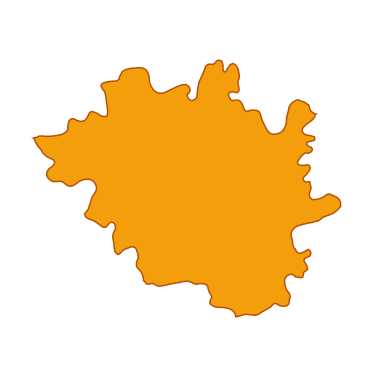 Chavusy, Mogilev, Belarus, rotated 77°
{"feature_id": "67162791B68481301764251", "entity_name": "Chavusy", "entity_type": "district", "adm_level": 2, "iso_a3": "BLR", "parent_name": "Belarus", "parent_adm1": "Mogilev", "projection": "orthographic", "projection_center": [30.902, 53.786], "detail": "fine", "context": "isolated", "style": "filled", "palette": "amber", "viewbox_px": 384, "rotation_deg": 77, "n_neighbors": 0, "source": "geoboundaries", "source_scale": "gbopen_adm2", "svg_char_len": 5565}
<svg xmlns="http://www.w3.org/2000/svg" viewBox="0 0 384 384"><g transform="rotate(77 192 192)"><path d="M103.7,334.4L104.0,334.0L106.7,333.5L109.4,332.9L113.1,331.6L116.6,329.7L120.8,328.4L124.9,325.5L126.9,322.9L129.7,319.7L131.7,319.1L134.3,320.3L135.7,322.6L136.5,324.8L137.5,326.5L139.6,328.7L142.8,329.9L146.1,329.2L147.8,328.0L149.3,326.7L150.6,325.0L151.1,322.7L151.6,320.5L151.9,317.5L153.2,315.6L155.7,313.6L157.9,311.5L159.1,309.1L158.9,305.9L157.9,302.9L156.3,299.8L155.6,296.0L155.6,292.6L156.7,288.8L158.6,286.4L160.2,285.2L163.6,284.2L165.3,283.9L168.6,284.8L171.6,287.3L173.5,289.5L175.4,291.1L177.5,292.2L180.2,293.7L183.0,295.5L185.1,296.7L187.1,299.0L189.2,301.5L190.9,301.5L192.2,301.3L194.5,299.3L195.3,298.3L196.2,296.6L197.5,294.9L199.1,293.0L201.0,291.2L203.3,289.3L205.3,287.5L206.2,286.7L206.9,284.6L206.2,282.5L205.0,281.3L203.5,279.2L203.2,277.1L204.5,275.1L206.3,274.3L210.6,274.7L212.1,276.1L214.7,278.1L216.1,278.7L218.5,279.4L222.0,279.6L224.1,279.6L228.2,280.3L232.5,280.5L234.7,279.5L236.0,278.6L236.2,277.3L235.0,275.0L234.0,273.5L232.7,271.0L232.4,268.2L232.1,265.5L231.8,262.5L232.8,260.6L234.3,259.4L237.8,258.9L240.0,258.8L241.8,258.8L244.1,259.2L246.4,260.9L248.8,262.1L252.2,262.8L254.5,261.8L256.1,260.6L258.7,259.5L261.7,259.0L264.7,258.8L267.6,259.1L267.8,258.8L269.4,258.0L271.3,257.1L272.1,254.9L272.1,252.2L272.6,250.3L274.2,248.6L275.4,247.1L276.5,244.8L276.8,240.0L276.8,234.2L276.9,230.1L277.4,223.8L277.3,220.3L277.6,218.0L278.5,214.9L280.0,212.7L281.4,211.2L282.9,208.6L282.8,206.3L283.3,203.7L284.3,200.5L285.9,198.7L287.2,198.1L288.9,198.0L290.9,198.0L294.2,197.6L296.3,196.7L297.4,196.4L299.2,196.6L301.6,198.5L303.4,199.5L305.3,199.3L306.6,198.4L308.3,196.6L309.6,194.4L310.4,191.6L311.3,188.4L312.3,185.7L314.0,182.0L315.8,179.9L317.7,178.4L320.0,177.5L322.2,177.3L323.4,177.4L323.5,173.3L323.0,167.9L324.0,164.9L325.2,161.5L326.3,158.5L326.1,154.7L324.7,151.1L323.5,147.0L322.4,143.3L321.2,140.4L319.7,138.4L319.2,136.5L319.9,134.7L321.3,133.3L322.5,132.1L323.8,129.0L324.1,127.4L324.1,124.8L322.9,123.0L320.3,121.7L318.5,121.2L316.4,119.9L313.7,119.9L312.2,120.2L309.3,121.7L306.1,122.2L303.1,122.4L298.0,121.5L295.1,118.5L294.3,115.7L294.5,113.3L296.4,110.9L297.5,110.8L299.0,107.6L300.0,105.3L299.9,103.3L297.3,102.0L295.3,101.1L293.5,96.9L290.7,96.6L288.4,97.1L286.0,97.9L284.1,98.4L282.1,97.1L281.6,95.1L281.4,93.6L280.8,91.4L278.2,89.9L275.9,90.1L274.2,91.5L274.5,93.5L275.3,95.5L275.9,98.0L276.1,100.6L275.4,102.2L274.1,103.3L271.0,104.2L269.1,105.3L266.3,105.6L263.2,105.2L260.3,105.2L256.4,105.2L253.8,104.2L252.1,103.1L250.2,100.6L249.2,98.2L248.7,95.9L248.5,92.4L248.5,89.2L248.4,85.6L248.8,81.3L248.4,77.8L248.7,75.8L247.6,73.0L246.0,69.9L245.7,67.9L245.3,64.6L245.0,61.5L244.0,58.0L242.7,55.1L241.1,52.5L239.2,50.2L235.2,49.6L231.8,50.5L229.1,52.7L227.7,54.7L225.9,57.0L224.7,58.7L225.0,61.8L226.2,64.4L227.2,68.4L227.2,71.7L226.9,74.5L226.4,76.3L224.6,77.9L223.0,78.4L221.6,78.4L219.8,77.8L216.6,76.0L214.5,75.0L211.8,75.0L208.5,75.0L208.1,77.8L207.8,78.7L206.8,80.1L205.4,80.8L203.8,80.9L202.2,79.2L200.6,76.3L198.9,74.5L197.6,72.8L195.2,71.4L193.1,71.4L191.5,73.1L191.3,76.4L190.8,79.1L189.8,81.4L188.6,82.5L187.6,82.7L186.1,82.2L184.6,80.5L182.4,78.4L181.1,76.5L179.3,73.0L180.5,69.7L179.7,67.1L178.2,65.2L175.7,65.4L173.5,68.3L171.4,69.6L169.7,69.1L169.3,66.5L169.2,62.7L169.0,60.9L167.0,60.2L165.7,60.4L163.6,64.2L163.1,65.9L161.3,69.1L159.2,70.6L157.3,70.9L155.5,70.5L153.5,68.3L150.9,63.5L149.8,60.6L148.7,58.2L146.3,55.5L144.9,54.8L144.0,53.5L143.3,54.9L141.8,56.5L139.6,58.1L137.3,58.6L133.7,58.6L132.9,59.4L129.1,62.9L128.0,65.5L126.1,67.6L126.0,70.0L127.2,73.6L128.7,76.1L131.2,78.3L135.2,80.2L137.5,81.5L140.4,83.0L146.1,84.6L148.7,86.1L151.3,88.3L153.2,90.7L154.1,92.8L154.6,96.3L153.9,99.9L153.3,101.7L152.3,102.8L149.5,104.6L146.0,105.6L143.5,106.3L138.4,107.4L136.4,107.7L132.9,107.8L130.8,107.9L128.4,108.8L126.8,111.2L125.9,114.0L125.6,116.9L125.6,119.7L125.5,121.2L124.6,121.9L123.4,122.5L121.6,122.7L119.9,123.0L117.3,123.4L115.4,124.1L114.2,125.0L113.0,126.1L112.5,127.5L112.2,129.9L111.9,132.3L110.8,133.6L106.4,134.7L104.6,134.3L103.3,132.7L103.4,130.8L103.9,128.9L104.9,127.1L105.4,125.9L104.6,124.0L102.9,123.1L100.2,122.8L97.6,122.8L94.9,122.5L92.9,121.3L91.6,120.3L88.7,119.7L83.6,119.4L80.8,119.8L77.7,121.1L76.0,123.2L76.5,126.0L78.0,127.8L80.0,130.1L81.6,131.0L82.3,132.6L82.0,134.0L79.1,134.3L76.0,133.3L72.9,133.3L71.0,133.7L69.4,136.4L70.0,138.7L71.9,141.0L72.4,143.2L71.7,144.9L71.2,147.7L72.5,150.4L75.1,151.9L77.5,153.6L81.4,156.5L86.2,160.3L91.1,162.5L94.5,163.9L97.3,164.7L98.5,165.2L101.1,166.0L102.7,168.9L102.9,171.7L101.4,173.9L98.4,175.0L96.1,174.8L94.8,172.6L92.7,171.0L90.9,171.0L88.3,171.4L85.9,173.8L85.5,176.1L85.3,178.9L85.9,182.0L86.3,184.5L86.9,186.7L87.8,191.1L88.5,194.2L89.2,197.6L88.6,201.2L86.5,204.5L83.8,206.7L79.0,208.2L75.8,208.7L70.2,207.9L67.0,208.0L64.6,208.4L61.9,209.8L59.8,212.8L58.8,216.4L58.4,219.6L57.8,223.3L57.7,226.8L57.9,229.3L58.8,232.8L61.2,234.8L63.9,237.0L65.8,237.6L66.9,240.2L66.5,242.3L66.1,245.1L65.7,247.8L65.7,250.5L65.7,253.2L66.4,255.7L68.0,256.8L71.7,256.0L74.5,254.6L80.1,254.5L86.7,255.3L91.7,255.6L95.8,256.3L99.0,257.9L98.6,261.1L96.8,264.2L94.5,266.1L92.9,268.2L92.5,268.9L91.0,271.4L91.5,273.9L93.8,275.7L96.4,277.9L98.2,280.5L98.4,283.9L96.8,287.6L94.2,290.5L93.5,292.8L94.6,295.5L97.5,297.2L101.5,298.7L103.2,298.8L105.1,301.1L106.5,305.2L106.6,310.2L106.2,314.5L105.7,318.1L104.7,322.8L104.0,324.4L103.2,328.0L103.7,331.1L103.7,334.4Z" fill="#f59e0b" stroke="#b45309" stroke-width="1.5"/></g></svg>